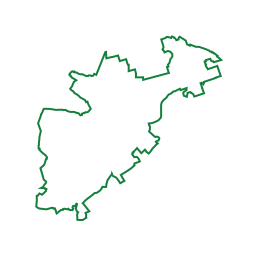 outline of Vandzenes pag., Talsi, Latvia, rotated 352°
{"feature_id": "27541924B44124722370544", "entity_name": "Vandzenes pag.", "entity_type": "district", "adm_level": 2, "iso_a3": "LVA", "parent_name": "Latvia", "parent_adm1": "Talsi", "projection": "mercator", "projection_center": [22.859, 57.331], "detail": "fine", "context": "isolated", "style": "outline", "palette": "green", "viewbox_px": 256, "rotation_deg": 352, "n_neighbors": 0, "source": "geoboundaries", "source_scale": "gbopen_adm2", "svg_char_len": 5571}
<svg xmlns="http://www.w3.org/2000/svg" viewBox="0 0 256 256"><g transform="rotate(352 128 128)"><path d="M45.5,202.7L50.3,199.8L52.4,199.9L52.6,199.1L53.5,199.2L53.9,199.1L56.9,200.1L57.7,199.7L57.8,200.0L58.6,200.8L59.0,201.2L59.6,201.2L61.5,201.6L62.6,200.6L62.0,199.2L62.3,198.2L62.8,197.6L64.8,198.1L65.1,197.4L65.8,196.4L66.5,195.8L66.9,196.1L66.7,196.8L65.6,199.4L65.3,199.2L65.1,200.3L65.2,200.8L65.4,201.5L65.5,202.4L65.7,203.0L65.8,203.5L66.9,204.4L66.1,205.4L65.6,206.5L65.1,211.9L68.9,212.6L69.2,212.6L70.2,212.8L74.2,211.1L74.1,210.9L74.1,209.4L74.6,208.4L74.1,206.2L78.1,205.1L73.0,196.4L72.8,196.3L73.5,195.6L75.4,194.0L78.0,192.4L84.1,189.0L85.8,187.8L88.3,187.8L92.0,185.8L93.8,183.8L94.4,182.7L98.1,183.3L98.5,182.2L98.8,180.3L99.3,179.7L99.8,178.2L100.9,176.2L101.9,175.5L102.6,174.4L105.6,171.5L105.7,171.2L105.8,171.6L105.9,172.6L106.5,173.5L106.8,173.8L107.6,174.2L108.8,175.0L109.5,175.7L110.0,176.3L110.6,177.6L111.7,179.4L112.1,180.5L112.6,181.6L117.1,179.9L116.4,178.5L114.4,173.5L115.5,173.0L117.8,172.0L121.0,170.6L125.8,168.2L126.6,167.6L128.8,166.2L128.6,166.1L129.5,164.0L134.8,162.9L135.1,162.7L134.8,162.0L134.8,161.9L134.6,160.9L133.4,158.6L132.7,157.9L130.1,157.7L128.4,154.5L129.9,153.2L129.4,152.7L132.2,150.9L134.2,149.2L137.6,154.8L137.8,154.7L141.8,151.8L142.7,153.5L142.8,154.2L142.9,154.3L143.6,154.7L144.9,156.2L145.0,156.2L147.1,154.3L149.5,151.7L154.1,148.1L154.5,147.8L155.1,147.7L155.4,147.4L154.0,146.2L153.7,145.4L155.6,144.7L156.6,144.5L157.4,143.1L157.6,142.5L157.1,141.6L156.3,140.9L155.0,140.5L154.3,140.8L153.3,140.3L148.4,134.5L149.5,132.3L149.9,130.0L149.9,129.4L149.8,129.0L149.2,127.9L149.2,126.4L151.7,126.5L152.8,126.4L154.1,126.2L158.0,125.1L158.7,124.8L159.2,124.6L161.9,122.4L162.2,121.8L162.4,121.4L163.8,111.1L164.0,110.0L164.2,109.0L164.6,108.2L165.2,107.1L165.6,106.6L166.8,105.6L167.7,104.8L170.1,103.5L170.6,102.9L171.3,102.0L172.7,100.8L173.2,100.5L175.7,99.7L176.2,99.4L177.3,98.5L177.7,98.2L178.2,98.2L179.6,98.1L180.1,98.0L182.3,97.2L185.0,96.4L185.4,97.8L191.6,96.6L191.4,97.3L191.1,98.2L191.2,98.6L188.2,100.1L187.9,100.4L187.5,101.2L187.9,103.9L190.6,105.3L191.9,101.5L194.7,101.1L195.4,101.7L195.4,102.1L196.2,102.5L197.3,103.6L197.6,104.5L197.9,105.8L198.0,106.1L208.1,104.2L207.7,101.9L207.5,101.6L206.8,98.4L206.8,98.2L207.0,98.4L206.8,97.1L206.1,93.7L207.4,93.5L208.1,94.2L208.7,95.1L209.0,94.6L208.8,94.2L209.0,94.3L209.6,93.8L209.7,92.9L221.8,90.7L221.7,90.4L223.1,90.1L223.4,90.0L227.1,89.4L225.4,80.9L225.0,78.9L223.0,79.4L215.2,80.9L215.0,80.2L213.9,77.8L213.6,76.7L214.1,75.9L213.5,75.3L213.5,74.8L213.1,73.3L213.2,73.2L213.2,72.8L214.4,72.7L214.5,71.6L219.1,70.9L219.7,73.1L220.9,73.8L221.5,73.7L222.0,74.1L222.2,74.8L229.8,73.6L228.9,72.5L228.8,72.2L226.2,69.7L226.7,69.2L226.8,68.9L226.0,68.3L225.0,67.2L224.6,66.9L224.1,66.2L223.8,66.0L223.6,66.1L223.1,65.9L222.7,65.3L222.7,65.0L222.5,64.8L222.3,64.7L221.7,64.9L221.5,64.7L221.5,64.1L221.4,64.0L220.1,63.8L219.8,63.6L219.6,63.2L219.1,62.8L219.0,62.5L215.1,60.3L209.8,57.6L206.4,57.0L201.2,54.1L200.7,55.1L198.1,53.3L197.9,52.0L197.6,50.6L197.4,49.5L191.8,44.8L191.2,45.3L190.4,46.6L190.4,47.0L190.3,47.4L188.1,47.8L187.8,46.9L186.6,45.0L185.9,44.9L185.7,44.3L184.8,43.7L184.1,43.5L183.3,44.8L180.4,43.5L178.9,43.2L178.5,43.7L176.7,44.3L173.3,44.9L174.3,51.4L174.4,53.2L173.1,55.0L173.9,55.9L173.8,56.2L174.5,57.1L174.7,58.2L178.3,57.3L180.6,58.4L181.8,60.5L182.1,60.7L182.0,63.0L181.3,64.0L179.5,65.9L178.0,69.5L177.2,70.0L176.8,70.6L176.3,71.0L176.5,71.7L176.6,72.8L175.1,73.0L175.7,77.1L176.2,79.2L149.7,82.4L150.0,79.9L147.4,79.6L142.9,78.9L143.5,75.1L143.0,70.9L136.6,71.8L137.5,65.6L136.8,65.5L136.3,63.7L135.7,59.6L129.2,60.6L128.7,57.7L128.2,54.8L122.8,55.5L121.2,55.5L116.3,56.0L116.4,54.3L116.8,49.6L116.1,49.7L104.0,70.9L102.1,69.7L100.9,71.3L99.7,71.5L99.1,71.2L99.0,71.3L98.2,70.8L96.5,70.4L96.2,70.5L95.6,71.0L93.8,70.6L93.4,70.5L92.6,69.9L90.2,68.4L89.3,68.4L88.8,68.3L86.9,67.6L86.1,67.0L85.1,66.1L83.9,65.7L83.6,65.5L82.9,64.7L82.3,65.3L81.0,64.1L80.2,64.3L78.9,65.2L77.6,66.5L77.3,67.0L78.4,68.0L78.1,68.4L79.4,70.0L79.4,70.4L81.7,72.0L83.4,73.5L80.9,74.7L79.0,77.7L78.9,78.4L76.2,81.1L76.5,81.7L77.3,82.8L78.4,83.6L79.0,84.2L79.9,86.1L80.7,86.5L83.4,88.9L85.0,91.1L89.4,94.4L90.1,96.6L91.5,96.3L91.6,96.9L92.0,98.9L92.5,100.5L93.2,102.1L93.7,103.5L93.7,104.0L90.8,106.4L90.4,106.6L89.6,106.7L88.3,106.5L87.7,106.8L87.7,106.7L87.1,106.8L84.4,107.5L84.3,108.6L83.4,108.6L83.0,108.8L82.8,108.6L82.4,108.6L81.3,106.7L79.8,105.9L79.2,106.0L77.4,104.8L76.0,104.4L73.3,104.1L70.1,102.7L68.9,101.5L67.3,101.3L66.6,101.3L65.3,100.7L58.9,100.0L57.2,99.4L52.6,98.1L48.4,97.4L47.2,97.4L47.1,97.6L46.3,98.8L45.6,100.1L45.3,100.5L45.0,101.1L44.7,101.5L43.7,102.4L43.6,102.7L43.6,103.3L43.5,103.5L39.7,110.7L39.6,111.0L39.7,111.3L41.2,118.6L41.2,118.9L41.2,119.1L39.7,122.9L38.9,125.0L38.8,126.2L37.5,131.1L37.5,132.1L37.4,132.3L37.4,132.5L37.0,133.0L36.9,133.4L36.7,135.7L37.3,135.8L37.6,136.0L37.3,136.7L37.2,137.3L37.9,137.8L37.8,138.0L38.8,139.4L40.2,141.1L42.7,143.7L43.7,145.8L43.2,147.3L42.6,147.2L40.8,150.9L39.8,152.9L35.7,155.6L37.2,165.7L37.3,167.2L37.4,167.4L37.5,167.6L39.0,169.1L39.5,170.0L39.4,170.5L39.1,170.9L36.9,173.0L36.0,174.2L35.5,174.6L33.6,175.3L37.6,176.2L38.6,177.1L38.0,177.4L38.1,177.5L38.0,178.9L38.0,179.0L33.6,182.1L31.2,180.5L30.0,181.6L29.4,182.4L28.2,182.5L27.7,186.7L26.2,193.0L26.3,193.2L27.4,194.3L29.0,195.4L35.1,197.0L36.2,197.2L41.5,196.4L43.2,197.0L43.2,197.5L44.0,197.4L44.6,197.6L44.6,198.1L44.9,199.5L45.2,201.6L45.5,202.7Z" fill="none" stroke="#15803d" stroke-width="2"/></g></svg>